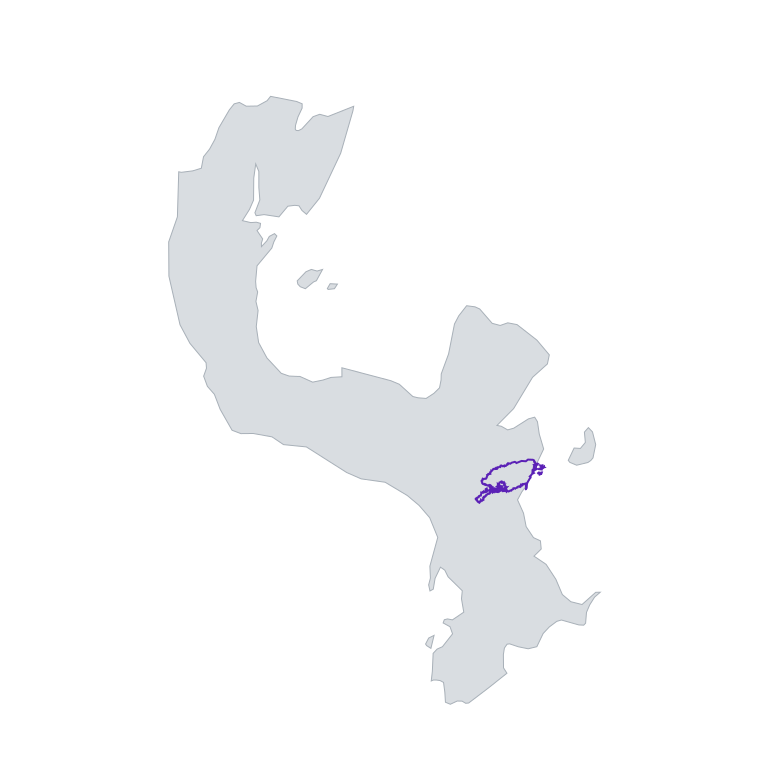 location of Las Palmas, Veraguas, Panama, rotated 232°
{"feature_id": "35544464B23901142884801", "entity_name": "Las Palmas", "entity_type": "district", "adm_level": 2, "iso_a3": "PAN", "parent_name": "Panama", "parent_adm1": "Veraguas", "projection": "natural_earth1", "projection_center": [-81.526, 8.102], "detail": "fine", "context": "in_parent", "style": "outline", "palette": "violet", "viewbox_px": 768, "rotation_deg": 232, "n_neighbors": 0, "source": "geoboundaries", "source_scale": "gbopen_adm2", "svg_char_len": 9096}
<svg xmlns="http://www.w3.org/2000/svg" viewBox="0 0 768 768"><g transform="rotate(232 384 384)"><path d="M677.6,352.9L675.6,354.6L669.7,364.5L666.5,372.9L674.2,381.7L676.5,391.2L680.9,401.4L687.6,411.7L695.2,430.8L697.0,438.4L694.9,443.4L687.7,446.5L681.0,455.4L679.2,466.3L680.5,471.7L660.4,489.1L655.2,492.0L651.8,489.3L647.4,480.6L642.3,473.5L639.5,471.0L637.9,470.9L636.3,472.6L635.6,476.4L638.3,492.7L636.1,499.4L629.3,504.5L621.5,531.1L618.4,527.7L592.5,491.9L570.1,447.5L565.4,427.4L571.2,426.2L576.8,426.7L579.8,423.6L583.3,417.7L580.4,404.1L591.3,393.8L595.3,386.9L598.4,387.7L605.5,399.5L615.8,406.3L628.5,416.2L636.4,418.4L626.4,408.1L609.2,394.4L604.4,385.5L599.9,373.0L593.2,378.4L590.1,383.0L586.6,385.6L583.6,382.5L583.1,378.4L573.0,377.7L570.4,374.0L567.7,372.0L568.9,379.7L570.9,384.5L569.9,390.3L566.6,390.7L563.8,384.7L560.2,379.3L555.3,356.7L543.9,346.0L538.6,342.5L534.3,341.1L527.9,333.9L519.4,330.0L507.9,318.7L493.8,310.7L476.6,307.8L455.7,309.6L448.7,314.1L443.9,319.7L441.7,322.4L429.4,328.9L424.7,338.3L421.8,346.3L415.6,355.3L422.7,360.8L382.4,391.4L374.4,395.9L356.4,399.0L352.2,402.3L346.7,408.3L345.9,417.6L346.8,425.4L352.0,431.4L356.7,435.3L368.0,453.5L387.9,476.5L391.7,484.9L394.8,497.3L388.8,503.2L384.2,505.6L365.2,506.6L358.6,511.6L356.0,519.2L348.9,525.4L324.4,531.5L305.2,532.2L299.2,525.1L297.8,505.1L284.8,471.0L281.8,447.5L278.5,450.4L271.7,453.2L269.3,459.0L267.6,476.3L265.1,482.3L259.8,481.7L248.9,475.5L234.5,469.8L216.1,433.0L214.1,426.1L210.5,417.9L196.3,414.4L184.1,408.2L170.9,407.2L164.1,410.7L157.2,406.3L156.0,396.2L142.1,400.7L124.3,399.2L108.3,394.9L97.4,397.2L88.3,404.3L89.5,422.6L86.8,426.2L86.4,418.7L83.3,410.1L79.4,403.0L71.4,395.6L71.0,392.9L74.2,389.2L88.8,378.5L90.6,374.0L90.8,364.7L89.4,355.8L82.9,342.7L86.6,334.6L94.2,328.1L101.9,323.0L103.2,320.8L101.8,316.3L97.3,311.5L86.7,303.4L80.4,302.8L80.2,279.3L80.5,254.3L82.1,251.8L86.0,250.3L89.1,246.5L90.8,239.1L95.4,236.5L103.7,242.2L112.2,247.2L115.8,245.6L118.4,243.1L120.3,240.7L120.9,238.4L127.7,245.1L141.5,256.9L142.4,262.7L141.0,268.3L144.9,284.2L152.1,286.6L159.3,283.5L161.1,286.4L159.8,289.4L156.0,292.7L155.1,306.4L167.0,312.8L172.9,318.4L192.6,315.8L199.9,317.3L204.9,315.7L199.4,304.6L192.0,296.5L192.6,292.8L198.2,295.5L202.5,301.1L212.2,308.0L230.0,331.9L250.5,337.7L266.7,336.9L281.8,333.7L305.9,324.4L323.3,307.6L337.2,300.1L382.2,284.1L398.1,267.5L404.9,265.3L411.3,263.2L425.5,250.5L433.0,240.7L441.1,235.8L464.9,239.3L480.3,244.0L490.9,243.4L501.2,246.7L505.7,253.8L510.3,256.9L535.5,256.1L556.2,259.7L601.4,280.9L628.5,301.8L642.9,324.1L677.6,352.9ZM223.8,518.2L217.9,518.8L205.9,513.5L197.1,503.2L196.4,499.8L196.6,496.4L201.4,485.8L207.8,482.2L210.4,482.2L216.5,494.4L212.3,499.1L214.0,506.7L222.7,512.3L223.8,518.2ZM514.2,400.8L512.1,406.1L507.0,394.3L507.8,391.3L507.5,380.7L512.2,377.9L515.8,377.6L518.7,379.1L520.5,391.6L519.0,397.3L514.2,400.8ZM156.3,262.8L155.1,268.7L146.8,258.2L151.7,256.5L153.5,256.7L156.3,262.8ZM496.2,403.3L491.4,408.8L489.6,403.6L492.9,398.2L494.1,398.1L496.2,403.3Z" fill="#d9dde1" stroke="#a8b0b8" stroke-width="1"/><path d="M219.0,431.0L219.8,431.4L219.8,431.9L219.1,432.6L218.2,434.8L217.8,434.6L217.6,433.7L214.8,432.2L214.1,431.1L213.8,431.0L213.7,431.2L214.3,432.5L217.3,435.2L218.2,436.7L219.8,440.8L220.0,441.9L220.6,442.4L221.4,442.1L221.7,444.5L222.3,446.3L221.7,446.6L221.6,447.2L222.2,447.0L222.9,448.0L223.3,447.4L223.6,447.7L223.7,447.4L224.1,447.9L224.3,447.7L224.8,448.1L225.0,448.7L224.7,449.4L223.7,449.9L224.3,450.5L224.3,450.8L223.9,451.0L223.3,450.6L223.2,450.3L223.0,452.0L223.6,451.4L224.0,451.9L225.6,450.9L225.8,451.2L226.3,451.0L226.6,451.5L227.2,452.2L228.1,452.3L227.9,453.0L226.8,453.6L226.8,453.9L226.6,453.1L226.2,453.5L225.7,453.5L226.3,454.4L226.1,454.9L226.7,455.1L226.3,456.2L226.7,456.1L227.0,454.7L227.9,454.4L228.9,454.8L229.0,454.6L230.0,454.4L230.3,454.8L230.6,454.6L231.4,455.2L232.6,454.7L235.8,450.9L235.8,448.2L238.7,445.0L240.2,439.7L240.9,439.7L242.1,439.2L243.4,436.1L243.4,434.5L244.4,433.7L244.4,432.8L245.2,432.8L245.1,432.0L244.9,432.0L244.7,432.1L244.7,431.6L244.4,431.4L244.7,430.1L244.5,429.8L244.7,429.5L244.6,429.3L244.8,428.9L245.0,428.9L245.0,428.4L245.5,428.5L245.6,428.1L245.8,428.2L246.0,427.0L247.5,426.4L247.7,426.0L247.4,425.9L247.5,425.3L247.0,424.6L247.7,424.2L247.8,422.9L248.5,422.2L248.3,421.5L247.6,421.2L247.5,420.8L248.3,419.6L249.0,420.0L249.0,419.2L249.7,418.0L249.4,417.7L249.6,417.3L249.2,415.6L249.7,415.2L249.2,414.9L248.9,414.1L249.1,413.2L247.7,412.5L248.3,411.3L248.8,411.0L248.5,410.5L248.8,410.3L248.6,409.9L248.8,409.2L248.1,409.0L247.6,407.8L247.0,407.4L246.6,405.8L247.2,405.5L247.6,404.1L248.6,403.5L248.2,402.8L247.7,402.8L247.6,401.2L246.6,400.8L246.1,401.0L245.3,400.3L244.3,400.4L243.2,401.2L243.4,401.7L243.1,402.0L242.8,402.0L242.5,401.7L242.2,402.2L241.9,402.1L241.8,402.5L240.5,402.9L240.4,403.2L239.9,403.4L239.7,404.8L238.7,405.1L238.4,404.6L238.2,404.9L238.4,405.6L237.4,405.7L237.5,404.3L237.7,403.9L236.9,403.7L236.7,404.0L237.0,404.1L237.3,404.7L236.9,404.7L235.7,406.0L235.2,405.3L235.7,404.6L235.4,404.7L235.0,404.1L234.7,404.3L234.7,403.9L235.1,403.7L234.9,403.4L233.9,403.8L234.5,403.0L233.8,402.7L234.1,402.5L233.8,402.1L233.2,402.0L232.9,402.9L233.3,402.9L233.3,403.8L233.8,404.0L233.4,405.1L233.8,405.4L234.0,404.3L234.3,404.7L234.0,405.6L234.1,406.1L233.7,407.0L231.9,408.0L231.7,408.6L231.9,409.0L231.5,409.0L231.3,408.8L231.6,408.7L231.3,408.2L231.6,408.2L231.5,407.3L231.3,407.0L230.5,407.2L230.5,406.3L229.9,406.0L229.5,407.0L229.0,406.9L228.6,407.3L228.6,407.9L229.0,408.4L228.4,408.6L228.6,409.2L228.3,409.7L229.0,410.0L228.9,410.9L228.0,411.1L227.9,411.5L226.9,411.6L227.2,412.3L227.0,412.6L226.4,412.1L226.1,412.2L225.3,413.4L225.2,414.0L223.7,414.2L224.4,415.5L222.7,415.9L222.3,417.0L222.4,417.9L221.6,418.7L222.0,419.4L221.6,420.9L222.2,421.7L221.7,422.6L220.8,422.9L220.9,423.3L220.3,425.3L220.7,425.4L220.8,425.8L220.2,427.6L220.0,427.8L219.4,427.6L219.0,427.8L219.0,428.5L219.8,429.1L220.5,430.1L219.6,430.9L219.0,430.7L219.0,431.0ZM226.4,414.0L227.8,415.1L227.9,414.8L227.6,414.6L227.8,414.3L227.6,413.3L228.1,413.6L228.4,413.3L228.1,413.2L228.4,412.6L229.5,412.8L230.1,412.3L230.4,412.9L230.2,413.5L230.6,413.8L230.7,413.5L231.1,413.6L231.3,412.9L231.8,412.9L232.2,411.8L232.1,411.5L231.8,411.4L231.3,412.3L230.5,412.0L230.5,411.3L231.0,411.0L231.0,410.2L231.6,410.3L231.6,410.9L231.7,410.6L231.9,410.7L231.8,411.3L232.1,411.4L232.5,411.1L233.0,411.5L233.1,412.3L233.4,412.7L233.8,412.6L233.4,412.1L233.9,411.6L233.6,411.5L233.6,410.8L233.3,410.6L233.2,410.0L233.7,409.8L233.7,411.4L234.9,412.1L234.4,412.2L234.0,411.7L234.1,412.7L234.9,412.7L234.5,413.5L235.3,414.4L235.0,415.1L235.0,416.2L234.0,416.0L234.0,416.7L233.5,416.5L233.3,417.1L232.9,417.0L232.8,417.6L232.4,417.2L232.1,417.5L232.2,417.9L231.7,418.0L231.3,417.5L231.3,416.9L230.5,416.7L230.4,416.0L230.2,416.6L230.0,416.1L229.3,416.7L228.5,416.5L228.3,416.7L228.1,416.4L227.3,416.5L227.0,417.1L226.9,416.5L226.5,416.1L226.9,415.6L226.5,415.5L226.8,415.2L226.1,415.1L226.1,414.4L225.8,414.1L226.3,413.4L225.9,413.3L226.1,413.1L226.6,413.2L227.1,412.8L227.3,413.5L226.9,413.4L227.1,413.7L226.4,414.0ZM232.8,399.1L232.6,399.7L233.1,400.4L232.9,400.7L233.3,401.0L233.2,401.6L233.7,401.9L234.5,401.8L234.7,402.4L235.4,402.4L235.6,402.0L235.4,401.8L235.4,401.0L235.8,400.6L236.1,399.4L235.9,398.5L236.6,398.2L236.3,397.3L236.5,397.1L236.9,397.4L236.9,396.5L237.7,396.3L237.6,396.0L237.9,396.1L237.8,395.7L238.1,395.8L238.3,395.0L237.9,393.8L238.3,393.6L237.8,393.3L237.0,392.1L236.5,391.7L237.0,390.7L236.9,390.3L237.2,389.7L236.5,388.9L237.0,388.0L236.7,387.6L236.7,387.0L237.1,386.8L237.2,385.7L236.9,385.4L236.2,385.3L235.4,385.9L234.7,385.5L233.8,385.4L232.9,385.6L232.9,386.1L232.4,386.1L232.5,386.3L231.9,386.4L232.2,387.0L232.0,387.4L232.5,387.9L232.4,388.8L232.7,389.0L231.7,389.2L231.9,390.1L231.6,390.2L231.5,391.0L232.0,391.1L232.4,391.9L233.0,392.1L233.0,392.9L233.4,392.4L233.7,393.3L233.2,395.4L233.7,396.2L233.6,397.1L233.3,397.3L233.6,398.6L233.4,399.0L232.8,399.1ZM230.6,406.0L231.2,406.0L231.9,406.8L232.4,406.4L232.6,406.9L233.0,406.9L233.1,406.6L232.8,406.0L233.2,405.6L232.8,405.2L233.4,404.6L232.6,403.7L232.9,403.0L231.7,402.8L231.8,403.3L231.3,403.8L231.8,404.0L230.9,405.1L230.6,406.0ZM220.9,456.2L220.8,455.9L220.7,456.2L220.8,457.5L219.9,457.3L219.8,457.9L220.1,458.3L219.7,459.1L220.1,459.0L220.5,459.3L220.6,458.5L220.9,458.1L221.2,458.9L221.3,456.1L220.9,456.2ZM217.0,451.1L216.9,450.2L216.7,450.8L216.8,451.9L216.3,452.5L216.6,453.0L216.8,452.1L217.1,452.7L217.6,452.6L217.7,452.9L217.8,452.7L218.0,452.9L217.8,452.5L218.1,451.4L217.8,451.0L217.8,450.5L217.5,451.1L217.0,451.1ZM238.4,400.6L238.5,399.8L238.1,399.8L238.1,398.9L237.6,398.4L236.6,398.3L236.7,399.1L237.5,399.2L237.5,400.2L238.4,400.6ZM218.9,450.5L218.6,450.5L218.5,451.6L218.9,451.6L218.9,450.5ZM220.9,454.6L221.0,454.1L220.6,454.7L220.9,454.6ZM222.9,457.4L223.1,456.9L222.8,457.0L222.9,457.4ZM221.4,453.8L221.1,454.1L221.5,454.0L221.4,453.8ZM222.7,457.9L222.9,457.7L222.7,457.7L222.7,457.9Z" fill="none" stroke="#5b21b6" stroke-width="2"/></g></svg>